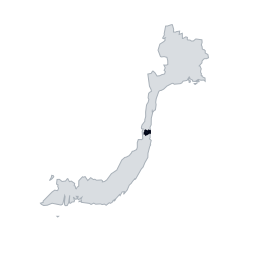 location of Phong Dien, Thừa Thiên - Huế, Vietnam, rotated 43°
{"feature_id": "81297802B35670860897871", "entity_name": "Phong Dien", "entity_type": "district", "adm_level": 2, "iso_a3": "VNM", "parent_name": "Vietnam", "parent_adm1": "Thừa Thiên - Huế", "projection": "equal_earth", "projection_center": [107.309, 16.544], "detail": "fine", "context": "in_parent", "style": "filled", "palette": "ink", "viewbox_px": 256, "rotation_deg": 43, "n_neighbors": 0, "source": "geoboundaries", "source_scale": "gbopen_adm2", "svg_char_len": 5106}
<svg xmlns="http://www.w3.org/2000/svg" viewBox="0 0 256 256"><g transform="rotate(43 128 128)"><path d="M152.6,41.2L150.7,41.3L148.8,43.3L146.2,44.6L145.5,48.1L143.4,49.7L142.4,49.0L140.2,49.7L137.9,48.9L138.7,53.0L136.3,56.2L136.6,58.3L136.0,59.9L131.9,64.5L130.7,64.5L129.8,65.3L127.9,70.7L127.6,75.2L126.7,77.8L125.8,78.9L125.6,80.3L128.7,87.4L130.7,90.3L132.7,91.8L135.7,96.1L135.2,97.2L135.4,99.6L134.0,98.9L134.2,99.2L135.9,100.5L138.4,105.0L142.8,109.9L143.5,112.3L147.8,116.3L147.7,116.8L150.8,120.0L151.1,121.3L153.4,121.2L155.5,124.9L156.1,124.9L156.4,126.5L159.8,132.8L162.6,136.0L164.0,141.9L165.7,146.4L165.7,148.9L168.3,159.8L168.1,161.3L167.6,159.8L167.7,164.0L168.1,166.2L167.9,168.9L169.7,173.9L170.0,179.5L168.7,177.1L167.3,178.8L168.3,182.8L167.2,182.4L167.3,187.8L167.8,189.7L167.7,190.4L167.1,189.0L166.6,191.5L167.1,193.3L166.4,195.2L165.3,195.4L164.7,199.4L162.7,199.7L161.3,201.6L159.6,202.3L156.3,205.8L154.2,206.3L153.1,209.1L151.3,209.4L144.5,214.2L143.7,213.0L142.4,212.6L141.5,210.1L140.8,214.2L140.3,214.4L139.2,213.7L138.2,212.0L136.8,213.2L138.4,213.5L138.8,214.6L138.6,215.8L135.1,215.8L138.2,217.4L138.9,218.7L137.4,220.6L137.4,222.1L136.7,222.7L134.9,221.4L131.3,217.0L135.6,223.3L136.4,226.2L135.3,227.4L134.1,227.5L132.1,225.6L128.8,221.1L127.7,220.5L131.5,226.9L132.1,228.3L131.6,230.0L123.8,234.8L121.7,239.4L119.2,242.2L116.6,242.9L115.2,242.7L116.7,240.3L115.8,239.4L116.1,226.7L116.8,223.4L119.0,222.1L119.1,221.4L118.3,219.4L116.5,218.7L115.6,217.3L114.0,217.8L111.2,214.0L112.9,212.3L116.2,212.1L118.5,209.4L118.2,206.5L118.5,206.1L121.7,207.2L122.7,205.5L126.8,204.9L128.0,206.9L129.0,206.5L130.9,207.9L131.6,207.9L131.2,205.9L131.6,204.1L128.0,200.1L128.0,194.7L128.9,194.4L129.8,192.8L134.4,193.9L134.6,189.8L137.9,189.3L138.7,188.1L140.6,187.7L143.9,184.2L145.3,184.0L146.0,184.9L147.3,183.2L147.9,180.5L147.0,172.8L148.5,166.4L145.3,155.6L145.7,151.8L146.6,150.5L147.7,147.4L147.5,143.9L147.0,142.2L147.9,141.0L149.0,137.9L148.0,135.8L144.7,132.3L143.4,129.4L146.0,127.1L146.0,125.6L140.6,120.8L139.7,118.3L138.4,119.3L137.5,118.6L136.2,116.2L135.7,111.5L134.8,110.7L133.0,107.4L130.0,104.3L126.4,99.3L125.6,97.8L125.2,95.5L123.7,92.8L122.2,92.3L119.7,89.0L119.4,87.5L120.1,85.1L118.4,84.0L115.2,82.8L105.7,75.0L107.7,72.3L107.2,69.8L107.4,69.3L110.0,69.2L113.8,70.2L115.6,68.1L116.4,65.8L117.7,64.0L117.7,63.1L116.8,61.2L115.1,61.2L114.2,58.6L111.3,57.5L113.2,55.8L113.8,54.4L111.2,51.7L108.3,49.8L105.8,51.1L103.9,53.3L103.0,53.6L96.9,50.6L94.1,44.9L95.3,40.2L95.3,38.5L94.1,37.7L93.8,36.6L92.9,38.6L92.0,38.6L91.1,35.1L90.1,34.3L86.0,27.8L87.3,26.5L89.3,22.8L90.0,22.2L94.1,24.7L95.8,26.8L97.5,25.4L97.6,24.6L99.7,21.9L101.6,24.7L103.1,21.7L106.7,25.4L107.3,24.7L108.0,22.1L109.0,21.4L109.8,21.3L110.8,22.8L111.6,22.9L113.4,21.4L115.2,21.1L116.5,19.7L116.8,16.8L117.3,16.3L121.9,13.1L123.8,14.8L125.0,17.3L126.6,17.9L128.4,19.5L129.7,19.3L130.2,18.8L131.8,18.8L133.3,20.5L136.3,19.8L139.0,21.7L138.1,23.9L136.8,24.9L136.4,26.0L136.4,28.4L137.6,29.9L137.7,34.0L138.4,33.6L141.2,34.8L142.2,36.8L143.5,38.0L144.6,38.1L145.5,39.6L146.4,39.1L146.9,39.8L148.8,39.5L150.2,38.9L152.6,41.2ZM107.0,214.3L107.1,216.9L106.4,220.0L105.7,216.7L104.5,214.6L106.1,213.8L107.0,214.3ZM148.4,45.6L146.7,47.5L146.1,47.5L146.9,44.8L148.4,45.6ZM141.8,52.8L141.4,52.9L140.5,51.7L141.0,51.0L142.0,51.5L142.2,52.0L141.8,52.8ZM147.5,50.1L146.8,50.5L146.1,50.4L147.8,48.4L147.5,50.1ZM139.2,50.1L139.8,52.1L138.9,51.0L139.2,50.1ZM143.7,213.5L142.4,215.2L142.3,214.4L143.7,213.5ZM137.3,241.0L136.3,241.0L137.4,240.0L137.3,241.0Z" fill="#d9dde1" stroke="#a8b0b8" stroke-width="1"/><path d="M145.3,120.9L145.4,120.7L145.3,120.4L145.4,120.5L145.4,120.4L145.5,120.4L145.6,120.2L145.7,119.9L145.8,120.0L145.8,119.9L146.0,119.8L146.0,119.7L146.3,119.6L146.3,119.4L146.4,119.2L146.5,119.0L146.5,118.9L146.5,118.6L146.5,118.4L146.6,118.2L146.7,117.9L146.8,117.8L146.7,117.7L146.8,117.7L146.8,117.8L146.9,117.7L146.9,117.4L146.8,117.2L146.5,116.9L146.3,116.9L146.2,116.8L146.2,116.7L146.2,116.4L146.3,116.2L146.2,116.2L146.3,116.1L146.5,116.1L146.8,116.3L147.1,116.6L147.2,116.4L147.3,116.3L147.2,116.2L147.3,116.2L147.1,116.0L147.0,115.8L146.8,115.7L146.7,115.5L146.4,115.3L146.2,115.0L145.9,114.8L145.7,114.9L145.6,115.3L145.5,115.5L145.4,115.6L145.3,115.8L145.2,115.8L145.3,115.9L145.2,116.0L145.3,116.2L145.3,116.3L145.2,116.3L145.2,116.2L145.0,116.3L145.0,116.6L145.2,116.8L145.3,116.8L145.2,116.9L145.1,117.0L144.8,117.3L144.7,117.4L144.6,117.5L144.5,117.4L144.4,117.3L144.3,117.2L144.2,117.2L144.1,117.3L143.9,117.3L143.8,117.2L143.7,117.3L143.4,117.3L143.2,117.4L143.0,117.5L142.9,117.5L142.7,117.7L142.5,117.8L142.4,117.8L142.2,117.8L142.2,118.0L142.2,118.3L142.3,118.4L142.4,118.5L142.5,118.5L142.8,118.7L142.9,118.8L143.0,119.0L143.0,119.3L143.0,119.5L143.1,119.8L143.1,120.0L143.2,120.3L143.3,120.4L143.4,120.5L143.5,120.6L143.6,120.8L143.8,120.9L144.0,120.9L144.0,120.7L144.3,120.4L144.3,120.5L144.4,120.4L144.5,120.4L144.7,120.5L144.8,120.5L144.8,120.4L144.8,120.5L145.0,120.6L145.2,120.8L145.3,120.8L145.3,120.9Z" fill="#0f172a" stroke="#020617" stroke-width="1.5"/></g></svg>